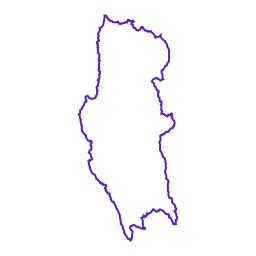 outline of Si Sawat, Kanchanaburi, Thailand
{"feature_id": "78962969B73671934150573", "entity_name": "Si Sawat", "entity_type": "district", "adm_level": 2, "iso_a3": "THA", "parent_name": "Thailand", "parent_adm1": "Kanchanaburi", "projection": "equal_earth", "projection_center": [99.137, 14.65], "detail": "fine", "context": "isolated", "style": "outline", "palette": "violet", "viewbox_px": 256, "rotation_deg": 0, "n_neighbors": 0, "source": "geoboundaries", "source_scale": "gbopen_adm2", "svg_char_len": 5773}
<svg xmlns="http://www.w3.org/2000/svg" viewBox="0 0 256 256"><path d="M104.5,15.4L104.6,17.8L103.1,25.2L101.6,27.1L99.4,28.2L99.4,28.5L100.2,29.3L100.1,29.9L98.1,33.8L98.0,34.4L98.5,34.7L98.4,35.6L98.7,36.2L98.3,36.5L98.4,37.1L97.9,38.0L98.4,39.4L98.9,39.8L99.0,40.7L98.7,41.1L97.9,41.2L97.6,41.9L97.0,42.1L96.8,42.5L97.0,43.1L97.9,43.8L97.4,44.8L98.0,45.7L97.5,47.1L98.2,47.6L97.8,48.5L97.9,51.0L98.2,51.7L97.8,52.9L99.1,53.7L99.4,54.4L99.2,55.8L99.4,56.4L99.1,57.0L99.1,58.5L98.7,59.0L98.8,60.3L99.7,60.6L99.1,61.2L99.0,62.2L99.3,63.8L98.8,64.8L99.0,65.8L98.9,67.5L99.3,68.2L98.8,68.9L98.6,70.6L99.3,71.1L99.8,71.1L100.1,71.7L99.8,72.3L100.0,73.4L98.9,74.7L99.0,75.4L99.6,76.2L99.6,77.5L99.0,78.5L99.0,79.3L98.2,79.3L97.7,80.1L97.8,80.5L98.4,80.6L98.7,81.1L98.6,82.9L98.3,83.1L97.9,84.6L98.0,85.9L97.2,86.3L96.5,87.3L96.8,88.0L96.9,89.6L97.7,90.7L97.0,91.7L97.2,93.8L96.1,95.6L96.2,96.2L95.8,97.0L94.9,98.2L92.1,98.9L90.8,98.6L89.1,97.8L88.1,96.2L87.0,95.8L85.4,97.1L85.3,97.7L86.6,100.6L86.3,101.1L86.3,101.6L85.1,101.8L84.0,104.1L83.7,105.8L82.4,107.0L82.1,108.6L80.1,110.1L80.2,113.3L79.6,114.1L78.7,114.3L79.7,115.8L80.0,118.4L80.9,119.5L80.5,120.6L80.8,121.2L80.6,122.2L81.4,124.1L81.3,125.6L82.1,126.2L81.6,129.0L82.0,129.8L81.9,131.0L82.7,131.4L83.4,133.2L84.0,133.4L84.4,134.3L85.9,135.4L86.1,135.9L85.7,137.0L87.7,140.1L89.5,140.9L90.0,141.7L91.2,141.0L91.7,141.8L91.5,143.3L90.5,145.0L91.3,145.7L91.2,148.0L91.6,148.8L91.2,149.5L89.7,150.5L88.8,152.5L90.6,154.1L90.7,155.7L91.4,156.7L91.5,157.9L92.1,158.9L91.7,159.7L90.7,159.9L90.0,160.5L89.3,160.1L88.3,161.1L88.9,161.9L88.9,164.5L89.4,165.3L89.5,166.6L90.1,167.1L89.8,168.3L90.6,169.5L91.8,172.6L93.4,174.2L94.5,174.3L95.0,174.8L95.8,177.3L96.5,178.5L96.5,179.3L97.6,179.5L98.6,181.0L100.2,181.8L100.5,182.7L100.2,183.0L100.8,183.4L101.9,183.1L102.2,183.4L102.0,183.9L103.2,184.2L103.4,184.9L104.4,184.6L106.1,185.3L105.9,186.9L104.8,188.0L104.9,188.5L105.9,189.3L105.7,190.8L106.9,191.7L107.6,193.5L109.1,193.2L109.5,193.5L109.8,194.9L109.6,196.0L110.2,196.6L110.8,197.9L110.6,199.2L111.2,199.6L111.8,201.2L112.3,201.7L113.5,201.8L113.7,202.8L114.7,203.7L115.1,205.1L115.9,206.3L116.1,207.8L117.4,209.8L119.6,214.6L119.9,215.6L119.9,217.4L120.5,219.4L120.6,221.9L121.1,222.9L120.8,224.0L121.8,224.8L122.9,226.6L122.8,228.5L124.0,230.7L124.1,232.9L124.9,233.7L125.4,235.2L126.3,236.0L127.9,238.6L129.5,239.0L130.4,240.6L130.7,240.6L131.6,239.0L131.6,237.9L132.1,236.9L132.1,234.6L132.5,232.8L132.3,231.2L130.9,229.7L129.9,227.6L130.3,226.6L130.9,226.1L132.2,225.8L133.5,224.8L135.5,225.7L136.9,227.0L137.9,226.9L141.6,228.6L142.4,228.2L143.7,228.9L144.8,229.0L144.9,228.1L143.6,227.3L142.9,225.9L142.8,221.8L142.3,219.0L141.5,217.8L142.8,217.3L143.7,215.4L144.8,217.0L145.6,216.0L146.0,216.2L146.8,214.1L147.8,214.5L148.0,214.2L147.7,213.4L148.6,213.6L151.2,212.4L151.4,211.3L152.8,210.0L153.1,209.3L153.5,209.3L153.7,210.2L154.9,210.3L156.1,211.7L157.2,211.6L157.9,210.7L158.6,210.9L158.6,210.3L159.6,209.5L160.8,209.7L163.3,210.9L165.6,213.8L167.0,214.3L167.9,214.0L168.5,214.2L169.0,215.1L169.0,217.3L169.9,217.4L171.4,219.3L172.9,222.6L173.4,224.3L174.1,224.0L174.5,224.2L176.1,224.1L175.5,222.5L175.8,221.6L175.6,220.4L175.8,220.1L176.3,220.2L176.3,219.4L177.1,218.6L177.3,217.5L176.5,216.0L176.1,213.6L175.3,212.2L174.8,212.0L174.5,210.9L175.7,210.5L176.3,209.3L176.3,208.5L175.2,207.7L175.4,206.8L174.6,205.0L172.1,202.6L172.0,199.0L171.0,197.9L170.0,198.3L169.5,198.1L168.4,195.4L168.4,192.9L168.7,191.9L167.8,190.9L168.0,188.4L167.7,184.5L168.1,183.5L168.0,182.6L168.4,182.3L168.4,181.4L168.0,180.1L166.2,178.7L166.3,175.6L165.1,172.3L165.1,171.1L166.0,168.2L165.6,165.9L165.9,163.3L165.4,162.6L165.4,160.6L164.9,159.5L164.9,158.1L163.2,157.3L160.8,151.0L160.0,150.4L160.1,144.9L159.4,142.0L160.2,141.0L160.6,139.7L160.4,136.7L160.0,136.1L160.9,135.1L162.5,135.0L162.6,134.3L163.1,133.9L164.5,133.8L165.2,132.6L166.5,131.7L167.3,131.7L167.9,132.1L168.8,131.4L169.4,130.0L170.7,128.7L171.5,128.1L172.6,128.1L173.0,126.9L173.5,126.1L174.0,126.0L173.9,125.2L174.6,123.9L174.5,121.4L173.7,120.4L173.1,120.1L172.5,118.6L171.6,117.7L171.6,117.1L172.0,116.5L171.7,115.8L172.2,114.6L172.1,113.9L171.7,113.6L170.9,113.7L170.7,114.6L170.0,115.2L168.4,114.7L167.7,115.9L167.5,115.5L166.8,115.8L164.8,115.0L164.1,114.1L163.0,113.9L162.3,113.3L161.5,113.9L161.4,113.0L161.8,112.5L162.2,111.3L161.1,109.8L161.5,106.6L161.3,105.3L160.8,104.6L161.6,103.7L161.8,102.8L161.4,101.7L161.1,102.0L160.0,101.6L160.0,101.2L159.5,100.4L159.7,98.0L158.2,96.9L158.4,95.7L158.1,95.2L158.0,92.7L158.3,92.2L158.8,92.0L158.7,91.4L158.2,90.7L156.8,90.0L155.8,87.2L154.5,86.3L154.1,83.7L152.0,81.8L152.3,80.4L153.4,79.2L155.3,78.3L155.9,78.4L156.4,77.9L157.6,78.3L157.7,78.9L158.9,79.3L160.4,80.6L163.1,79.2L162.6,78.9L162.4,74.4L161.6,72.9L161.6,70.5L162.5,70.3L163.1,69.2L164.2,68.6L165.2,65.8L166.8,65.4L167.6,62.7L168.5,62.2L169.0,61.2L169.1,49.9L167.1,46.1L166.8,44.2L165.3,42.1L165.0,41.1L162.6,39.3L160.8,37.2L160.7,35.0L159.2,36.7L158.0,37.1L156.3,36.6L155.8,37.6L155.4,37.6L154.6,36.4L154.8,35.7L154.3,35.4L154.1,34.5L151.2,31.9L150.8,31.0L149.9,31.6L148.8,31.2L148.2,31.7L147.7,30.9L147.0,31.1L145.9,30.5L145.0,30.5L144.4,29.4L143.8,29.3L142.8,27.9L142.9,27.3L142.2,26.9L141.1,27.3L140.3,29.3L139.8,29.7L138.8,29.8L138.1,30.6L136.7,30.2L135.8,29.5L135.6,28.3L134.5,27.8L134.1,28.0L133.3,27.1L132.8,25.0L131.4,24.3L131.4,23.5L131.9,22.7L133.7,21.7L133.0,20.5L130.3,21.2L129.3,20.7L128.9,19.9L128.1,19.7L127.2,22.4L126.9,22.4L126.6,21.7L124.8,22.5L124.6,23.0L123.0,23.0L121.8,23.8L120.6,23.6L120.0,24.0L119.6,23.5L119.1,23.6L119.0,23.1L118.3,22.6L118.0,21.6L115.8,22.4L113.0,22.1L112.0,21.1L110.1,21.1L109.4,19.7L108.4,19.7L108.2,18.8L107.2,17.8L106.2,15.5L104.5,15.4Z" fill="none" stroke="#5b21b6" stroke-width="2"/></svg>